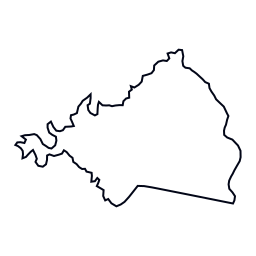 Heitoraí, Goiás, Brazil
{"feature_id": "56859067B60847628192703", "entity_name": "Heitoraí", "entity_type": "district", "adm_level": 2, "iso_a3": "BRA", "parent_name": "Brazil", "parent_adm1": "Goiás", "projection": "natural_earth1", "projection_center": [-49.823, -15.733], "detail": "fine", "context": "isolated", "style": "outline", "palette": "ink", "viewbox_px": 256, "rotation_deg": 0, "n_neighbors": 0, "source": "geoboundaries", "source_scale": "gbopen_adm2", "svg_char_len": 2145}
<svg xmlns="http://www.w3.org/2000/svg" viewBox="0 0 256 256"><path d="M116.4,206.3L120.7,204.5L124.5,201.9L129.1,196.8L133.7,191.0L137.7,185.9L144.2,186.1L152.0,187.4L158.7,188.7L189.0,194.7L233.0,203.5L234.4,200.4L235.0,196.2L232.5,192.4L229.3,188.8L228.6,184.3L229.2,180.6L231.1,176.5L232.7,173.8L234.4,170.3L236.9,165.9L239.7,161.1L240.6,157.2L240.5,150.8L238.0,145.5L235.7,143.1L232.4,139.6L227.2,137.5L224.2,134.9L224.0,130.7L224.7,127.6L226.0,124.7L227.1,119.8L228.4,116.0L227.0,113.4L223.8,106.6L220.6,103.6L216.1,99.3L214.2,95.5L211.4,91.5L209.5,88.1L208.9,83.7L205.2,82.1L202.7,79.3L199.2,76.1L196.6,73.7L194.2,71.9L191.9,70.4L189.7,68.3L185.4,67.7L183.2,65.8L182.4,61.1L183.3,56.3L182.1,50.1L178.6,49.7L174.9,53.2L171.1,52.4L167.6,53.5L169.3,58.4L166.8,61.0L163.0,60.4L158.3,61.7L154.2,65.5L153.9,70.1L151.5,73.2L147.5,74.6L142.8,75.9L141.7,81.6L138.7,84.8L134.4,87.5L130.9,86.2L131.8,89.6L129.0,91.7L129.2,97.7L126.1,98.5L123.4,101.2L122.7,105.2L119.5,105.1L115.4,105.5L112.0,106.2L109.2,105.3L106.4,105.5L102.5,105.3L98.9,101.9L98.0,104.8L97.7,108.2L97.4,114.1L94.9,115.4L90.4,113.0L88.3,110.0L87.6,105.2L89.9,103.7L90.6,98.1L90.6,94.3L87.1,97.7L82.7,100.8L80.9,103.7L78.4,106.6L76.9,113.1L73.6,114.6L71.0,115.2L70.5,118.5L71.8,121.3L73.8,126.0L71.1,126.5L65.3,126.8L62.9,130.2L60.0,131.2L56.3,130.7L53.4,127.0L50.9,121.6L47.6,124.2L47.6,127.7L49.2,132.6L52.2,134.8L55.9,136.7L56.4,140.6L55.2,145.3L51.5,148.5L48.6,147.9L46.1,146.1L42.8,144.0L40.4,139.1L36.8,135.1L34.2,134.1L29.2,135.0L25.0,135.2L21.6,136.2L25.9,139.6L24.4,143.0L20.4,142.2L17.3,142.4L15.4,145.0L18.0,146.1L20.9,148.3L22.7,150.9L23.0,154.2L22.5,158.3L26.0,156.9L28.1,154.5L30.6,151.9L33.0,150.0L35.5,155.0L36.8,158.8L35.5,161.9L38.3,165.8L42.8,166.7L46.0,164.3L47.0,160.0L47.1,155.5L49.5,154.4L54.0,156.0L58.8,154.7L62.0,153.6L63.9,150.3L66.7,152.1L69.6,155.7L72.5,157.8L73.3,161.9L76.6,164.1L79.1,167.1L82.1,169.0L85.0,168.8L86.5,171.6L91.6,172.8L91.9,175.9L91.3,181.7L94.9,181.2L97.3,178.0L99.3,179.9L98.3,182.8L96.8,186.1L101.3,188.7L103.6,190.1L103.2,196.0L105.2,200.4L108.2,199.0L111.4,203.3L116.4,206.3Z" fill="none" stroke="#020617" stroke-width="2"/></svg>